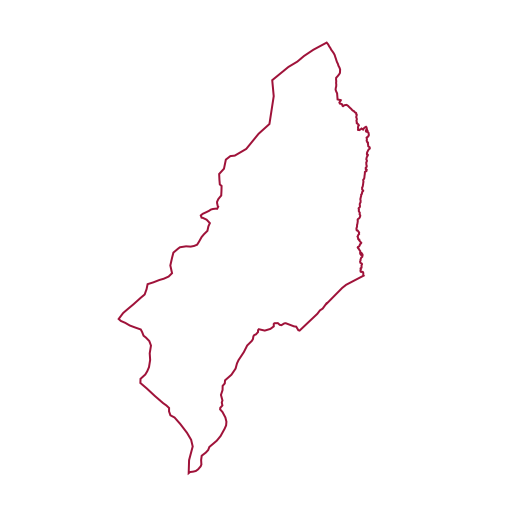 Ngaoundaye, Ouham-Pendé, Central African Republic, rotated 138°
{"feature_id": "33826404B95792566341641", "entity_name": "Ngaoundaye", "entity_type": "district", "adm_level": 2, "iso_a3": "CAF", "parent_name": "Central African Republic", "parent_adm1": "Ouham-Pendé", "projection": "albers", "projection_center": [15.477, 7.286], "detail": "fine", "context": "isolated", "style": "outline", "palette": "rose", "viewbox_px": 512, "rotation_deg": 138, "n_neighbors": 0, "source": "geoboundaries", "source_scale": "gbopen_adm2", "svg_char_len": 5864}
<svg xmlns="http://www.w3.org/2000/svg" viewBox="0 0 512 512"><g transform="rotate(138 256 256)"><path d="M228.5,341.6L232.2,337.1L235.0,333.4L234.7,331.1L238.2,327.4L241.4,324.2L243.6,323.9L246.0,323.5L248.7,322.3L249.5,321.4L251.1,318.6L251.1,317.9L253.3,317.1L254.3,318.2L256.8,319.9L258.5,320.7L260.7,321.0L263.5,321.8L267.4,323.0L269.9,323.1L270.8,320.9L270.0,319.9L269.2,318.0L268.4,316.0L268.3,311.3L271.5,309.9L275.3,307.2L280.1,307.0L283.7,306.5L289.0,304.7L292.2,303.8L295.3,304.9L298.3,306.7L301.5,310.0L306.7,313.4L309.0,313.6L315.1,313.8L319.2,311.1L326.0,306.3L329.9,299.4L334.7,299.2L339.7,300.8L343.8,302.8L349.9,305.1L355.4,307.6L359.5,304.6L364.5,301.9L369.9,302.1L379.5,302.1L384.5,302.3L391.1,302.5L393.0,302.5L400.2,301.1L399.9,298.2L397.9,293.8L396.3,288.8L393.8,284.0L390.8,278.5L391.5,275.7L392.9,272.0L392.4,269.1L392.2,264.2L394.0,259.7L400.1,254.8L404.2,249.6L409.9,245.0L414.0,243.1L417.6,242.0L424.0,242.0L426.9,239.0L425.8,230.7L424.8,219.3L423.5,208.9L422.6,204.9L422.3,201.2L424.6,198.7L426.2,194.9L424.6,190.5L424.7,181.7L425.6,170.7L427.2,162.8L430.5,156.8L442.3,149.1L451.3,139.7L449.6,139.6L447.0,137.8L444.6,136.5L441.8,136.2L437.9,136.7L436.1,137.6L433.3,141.1L430.0,143.9L424.9,143.5L421.4,143.8L418.4,145.3L408.8,145.0L402.8,145.9L395.0,148.6L391.6,150.1L388.9,152.6L386.8,156.5L385.3,162.5L385.3,166.0L384.1,167.1L381.0,167.4L379.5,170.0L377.6,171.1L375.0,176.2L370.5,178.8L367.7,181.8L364.5,182.2L362.2,184.3L353.7,184.2L346.5,186.0L342.0,188.9L338.7,190.3L329.4,192.7L322.4,195.4L315.9,195.7L313.9,196.3L311.6,198.1L310.1,198.4L308.6,197.8L305.4,198.1L304.1,199.5L302.9,199.7L299.4,194.7L294.1,192.2L289.9,191.8L288.3,193.6L287.3,193.7L284.7,191.5L284.4,188.9L283.4,187.6L280.1,187.0L278.9,186.2L274.8,178.2L273.4,176.6L274.2,172.5L273.5,171.4L249.1,172.0L244.8,172.8L241.7,172.3L235.5,173.6L235.5,173.3L213.3,174.6L208.3,174.3L189.2,169.4L189.2,169.8L189.0,170.1L188.5,170.6L187.6,171.7L187.4,172.0L187.3,172.5L187.4,172.9L187.8,173.3L188.1,173.6L188.5,173.7L188.6,174.0L188.7,174.3L188.6,174.5L188.3,175.1L187.9,175.4L187.5,175.6L187.0,175.9L186.9,176.1L186.9,176.5L186.6,176.8L186.4,176.9L185.6,176.7L185.4,176.7L184.7,177.4L184.1,178.2L183.9,178.4L183.0,178.8L182.6,179.1L182.5,179.7L183.0,181.1L182.4,182.2L181.2,182.8L180.9,183.3L179.9,183.8L179.5,184.1L178.9,184.3L177.6,184.3L176.1,185.4L175.8,186.0L175.6,187.6L175.9,187.8L176.2,187.6L176.3,186.6L176.5,186.3L176.9,186.3L177.2,186.4L177.1,187.8L176.6,188.6L175.7,189.3L175.3,189.7L175.2,190.9L174.9,192.1L174.9,193.6L174.7,194.3L174.2,194.5L173.4,194.2L173.0,194.2L172.0,194.4L171.0,195.1L169.6,195.1L169.0,195.3L168.9,197.3L168.8,199.0L168.7,199.3L168.5,199.5L168.4,199.5L168.7,200.3L168.5,200.6L168.0,201.3L167.8,201.7L167.7,201.8L167.6,202.5L167.4,202.6L166.6,202.8L166.2,203.1L165.7,203.3L164.7,203.3L164.3,203.9L163.6,204.5L163.6,205.6L163.4,206.8L163.5,207.1L163.9,207.4L163.9,208.0L163.6,208.4L162.8,209.4L161.8,209.9L161.0,210.5L160.1,211.5L159.2,212.0L156.8,214.0L156.6,214.5L156.0,215.1L155.2,215.2L154.3,215.0L153.2,215.2L151.9,215.9L151.3,216.5L151.2,217.2L151.1,217.7L150.0,218.6L149.5,220.7L148.5,221.5L148.1,222.5L147.5,222.9L146.4,222.8L145.6,223.3L145.3,223.5L144.7,224.6L143.7,225.5L142.3,226.0L141.1,227.3L140.4,228.5L139.7,228.9L138.5,229.8L138.1,230.0L137.6,230.3L136.7,231.3L136.1,231.2L135.3,231.6L134.4,232.5L133.7,232.5L132.7,232.7L132.5,233.0L132.7,233.8L132.6,234.4L131.3,235.9L130.7,236.0L129.7,236.6L128.9,237.3L128.1,237.9L127.4,238.6L126.5,239.2L126.0,240.1L125.3,240.9L123.9,241.1L122.6,242.1L121.9,242.8L120.2,244.2L119.5,244.9L119.3,245.1L118.8,245.6L118.6,245.6L118.4,245.6L117.3,245.2L117.2,245.2L116.0,246.0L116.0,246.4L116.0,246.5L116.4,246.6L116.5,246.7L116.5,246.8L116.1,247.4L115.7,247.8L115.6,248.0L115.3,248.2L114.3,248.2L114.1,248.3L113.5,248.7L113.4,248.9L113.0,249.9L112.5,250.4L111.8,251.4L111.5,251.7L111.2,251.9L110.6,252.0L110.0,252.4L109.8,252.6L109.6,253.0L109.4,253.9L109.2,254.1L108.9,254.4L107.6,255.3L106.1,255.8L105.2,256.2L105.2,256.8L105.6,257.2L105.2,257.8L104.7,258.1L104.2,258.6L103.2,259.0L101.0,259.8L99.7,259.7L99.2,260.0L98.8,260.9L99.1,261.9L99.1,262.6L98.4,263.4L97.7,264.6L97.2,264.9L96.9,265.4L97.2,266.1L96.8,266.6L96.7,267.6L95.4,268.6L94.9,269.5L94.6,270.0L93.9,270.0L93.4,269.7L92.5,270.0L91.7,270.0L90.7,271.0L90.5,271.5L90.0,272.1L90.0,273.5L89.4,274.1L89.3,274.7L89.7,275.2L90.0,275.2L90.6,274.3L90.8,274.4L90.9,274.9L90.8,275.2L90.4,275.7L89.7,276.0L88.7,276.0L88.2,277.1L87.8,277.6L87.8,278.1L87.8,278.4L89.1,278.7L90.8,278.7L91.7,278.2L92.0,278.6L91.9,279.2L92.2,279.6L92.3,280.1L93.2,280.1L93.9,280.3L94.8,280.3L95.1,280.7L95.6,281.1L95.8,281.4L95.4,282.0L94.6,282.5L94.4,283.0L94.0,283.5L93.3,283.9L93.1,284.2L92.6,284.2L92.1,284.3L91.9,285.2L92.0,286.3L92.3,287.2L92.1,287.6L91.6,287.8L90.9,289.3L89.7,290.0L89.3,290.5L88.9,291.3L88.8,291.8L88.6,292.1L88.2,292.5L87.6,292.8L87.1,293.1L86.9,293.5L86.6,293.7L86.7,294.1L86.5,294.5L86.0,295.0L85.9,295.5L86.0,295.8L86.2,296.1L86.4,296.8L86.3,297.6L86.3,298.0L86.4,298.5L86.7,299.0L86.8,299.6L86.9,300.6L86.8,301.5L86.9,302.4L87.0,302.8L87.0,303.1L87.0,303.7L87.1,304.3L87.1,305.8L87.3,306.7L87.6,307.7L88.6,308.4L89.6,309.0L90.5,309.0L91.1,309.1L91.2,309.5L91.1,310.0L90.6,311.1L90.6,311.5L91.7,313.2L91.5,313.7L91.3,314.3L89.9,314.7L89.2,314.8L88.7,315.0L88.9,315.5L89.9,316.7L90.6,317.8L86.9,322.6L86.3,324.6L85.6,326.3L84.4,327.4L82.9,328.4L81.7,329.6L80.7,331.0L79.4,332.2L78.4,333.6L77.2,334.8L75.0,335.0L72.6,335.4L71.1,335.9L68.7,338.3L67.9,340.2L67.4,342.3L66.6,343.9L66.1,345.8L65.4,347.5L64.6,349.2L63.9,350.9L63.1,352.6L62.6,354.5L62.3,356.7L62.1,358.9L61.6,360.8L61.3,363.0L60.8,364.9L60.7,367.3L75.4,370.9L86.5,372.5L95.2,372.8L105.4,374.8L126.3,375.8L135.9,362.9L157.7,345.1L172.3,345.1L191.6,342.1L204.6,344.8L208.2,347.4L213.9,347.8L221.4,342.3L228.5,341.6Z" fill="none" stroke="#9f1239" stroke-width="2"/></g></svg>